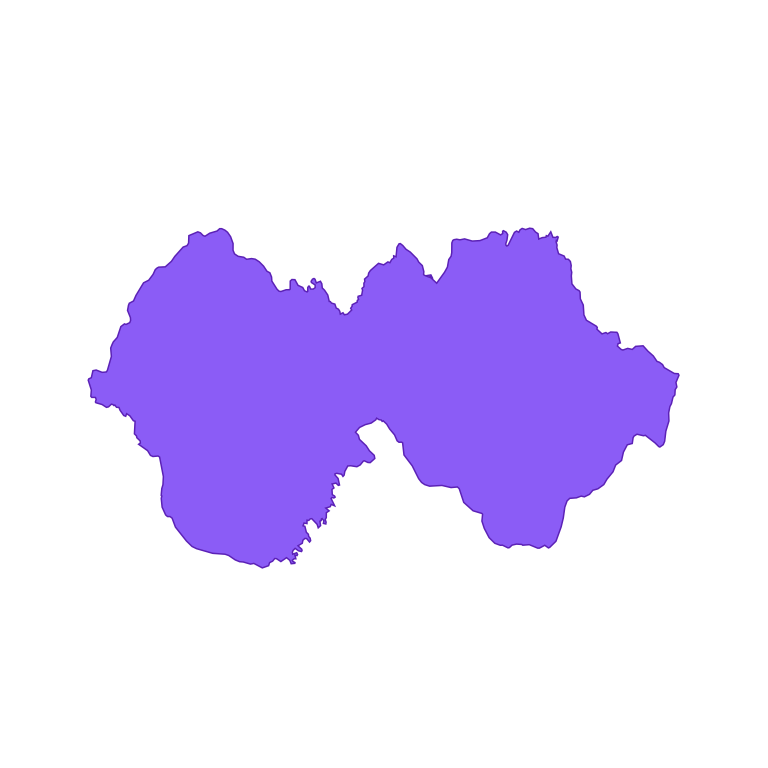 outline of El Peñón, Santander, Colombia, rotated 333°
{"feature_id": "7082276B75718828984625", "entity_name": "El Peñón", "entity_type": "district", "adm_level": 2, "iso_a3": "COL", "parent_name": "Colombia", "parent_adm1": "Santander", "projection": "equal_earth", "projection_center": [-73.929, 6.097], "detail": "fine", "context": "isolated", "style": "filled", "palette": "violet", "viewbox_px": 768, "rotation_deg": 333, "n_neighbors": 0, "source": "geoboundaries", "source_scale": "gbopen_adm2", "svg_char_len": 6159}
<svg xmlns="http://www.w3.org/2000/svg" viewBox="0 0 768 768"><g transform="rotate(333 384 384)"><path d="M122.2,246.3L120.5,256.5L117.2,261.9L117.5,263.2L120.8,265.0L120.5,267.1L118.7,269.0L118.8,269.9L123.5,274.3L126.1,278.8L128.2,279.3L131.9,278.2L133.1,279.2L133.6,280.6L134.6,280.6L135.1,283.3L137.2,284.6L136.9,287.5L137.8,293.9L139.2,295.5L141.2,293.6L143.1,296.9L144.0,302.9L145.3,304.2L139.0,315.1L139.9,317.8L139.4,319.7L140.9,324.0L140.1,326.0L138.0,326.3L143.1,336.1L143.5,341.6L145.2,343.7L150.0,345.6L150.9,347.2L145.4,366.3L141.3,373.4L138.6,376.2L134.9,382.1L135.2,382.9L133.6,384.8L130.4,393.0L130.0,401.5L130.9,403.8L133.2,405.0L134.3,407.4L133.2,416.8L136.7,434.2L139.2,441.6L142.2,445.6L154.5,457.1L165.1,463.5L167.8,466.3L171.6,473.2L174.7,476.8L177.8,478.7L183.2,483.8L186.6,484.8L192.1,492.6L198.7,493.5L201.0,491.2L204.3,491.3L207.4,489.9L208.9,490.8L211.5,495.4L218.3,494.5L220.0,498.3L219.7,502.0L223.1,503.3L223.6,502.7L222.2,500.5L222.2,499.4L224.6,498.9L226.1,499.7L226.9,496.1L228.6,497.4L229.6,496.7L229.6,494.7L225.4,494.2L226.0,492.3L227.4,491.0L230.2,490.1L232.1,493.8L234.4,495.8L235.3,495.3L235.7,493.9L233.9,489.1L238.9,488.8L240.8,486.4L243.4,485.7L244.9,486.6L245.9,491.0L247.5,490.3L248.2,487.8L247.7,485.6L248.4,483.5L247.5,480.9L248.9,474.9L247.5,473.6L249.6,471.6L252.0,473.4L253.6,470.4L255.0,471.4L257.1,470.7L258.5,471.2L260.7,478.7L260.1,482.3L263.2,481.4L264.6,477.2L266.0,477.2L267.0,475.8L267.8,475.8L268.3,478.6L266.7,480.7L268.6,482.3L269.7,480.8L270.1,478.0L271.9,476.9L274.2,472.5L277.5,472.1L275.8,468.1L280.4,468.9L282.3,467.3L284.7,470.1L284.9,461.9L286.2,461.5L287.6,462.8L289.1,462.6L289.1,461.4L287.7,459.1L289.8,454.3L292.2,453.9L292.4,449.5L296.2,450.5L297.3,453.6L298.5,453.8L300.2,447.3L299.0,442.7L299.6,441.8L301.3,442.1L305.2,445.1L305.5,447.7L307.1,447.1L309.4,444.1L314.5,440.6L317.2,441.7L322.3,445.4L326.1,445.3L330.6,443.3L331.6,443.5L334.0,446.6L336.0,447.8L342.0,446.2L342.9,443.1L340.7,436.9L340.1,431.0L337.0,422.2L337.9,418.0L336.7,414.0L342.5,411.6L348.9,411.7L354.8,413.0L360.4,412.2L361.9,411.1L363.3,413.4L365.2,414.9L365.4,416.5L366.6,416.5L368.2,421.0L368.6,426.6L370.3,434.1L369.9,440.6L370.9,442.7L373.3,443.8L373.9,444.8L369.6,456.3L372.0,469.7L371.9,484.1L372.8,488.8L374.6,492.1L378.2,495.7L389.6,500.7L396.7,506.7L402.7,509.1L403.5,511.4L401.3,525.7L405.8,537.4L412.5,543.8L412.7,544.8L409.0,550.6L407.8,558.2L407.9,568.6L410.4,576.2L414.4,580.5L416.4,581.4L420.1,586.3L421.5,586.7L425.0,585.7L429.4,586.8L433.9,589.5L434.4,590.6L440.5,593.1L446.4,600.0L448.0,600.8L454.0,600.7L456.1,604.7L457.5,604.8L465.8,602.2L477.0,591.7L482.9,584.8L489.2,575.8L494.0,571.3L497.6,570.2L503.8,572.8L508.8,573.4L511.3,575.5L517.0,575.6L521.8,573.5L527.0,574.5L534.2,573.4L539.5,570.0L548.2,566.2L553.6,561.4L560.9,560.0L566.4,553.4L573.2,548.6L578.2,549.7L581.6,544.9L583.2,543.9L586.6,543.6L591.7,547.9L593.6,548.4L598.8,559.6L600.4,564.5L601.2,565.4L605.3,564.8L608.1,562.4L613.7,554.0L621.1,546.3L624.5,539.0L628.5,533.9L631.2,532.0L635.5,526.9L638.2,525.8L640.9,521.2L643.6,519.6L644.8,515.2L650.8,510.1L650.8,508.4L647.4,506.4L641.1,496.6L641.0,493.2L639.3,489.7L637.5,487.8L636.7,481.3L634.1,474.7L632.2,467.6L625.3,464.7L620.9,465.9L617.3,462.9L612.3,462.2L611.0,460.9L609.2,456.2L610.9,454.3L613.2,454.7L615.2,445.5L615.0,443.7L609.6,440.6L606.0,440.7L605.1,438.9L601.0,438.3L598.6,431.9L599.7,430.4L599.5,429.0L593.3,419.1L593.5,413.2L597.4,404.1L597.6,397.3L600.4,391.1L600.2,389.4L598.1,386.4L596.9,380.1L600.0,372.7L602.0,369.7L602.8,366.2L604.6,363.4L605.7,359.4L604.9,356.6L602.5,355.1L602.6,351.8L598.7,347.2L599.9,340.9L601.3,338.8L601.8,335.6L602.7,334.4L603.1,335.2L605.9,332.2L605.3,331.2L603.6,331.4L601.1,330.0L601.7,324.1L597.1,326.7L596.0,325.5L594.9,326.7L591.4,325.4L587.7,325.1L589.5,320.0L588.0,317.4L587.0,313.1L584.5,311.3L580.3,310.7L577.7,308.1L575.2,308.4L573.0,310.0L571.6,307.9L569.1,308.1L557.5,316.8L556.1,316.8L555.7,316.0L556.0,314.5L558.9,311.6L562.0,307.1L561.8,304.2L560.0,301.6L559.0,301.8L558.1,303.8L555.6,304.1L552.2,299.2L548.6,297.4L546.2,298.0L542.4,300.6L534.6,299.8L527.5,296.7L521.7,291.3L517.1,290.0L514.5,288.0L511.9,287.2L510.5,287.3L508.5,289.1L504.0,297.7L501.8,300.6L498.2,302.5L493.6,308.6L488.7,311.9L476.7,318.1L474.1,310.8L472.6,309.0L474.5,309.6L474.7,309.0L474.8,311.5L475.3,311.6L475.3,308.1L471.5,306.9L471.4,307.8L469.3,305.4L469.0,304.4L470.5,302.0L471.9,295.9L470.3,291.2L470.2,287.4L467.3,278.4L464.8,274.0L463.6,269.1L462.3,266.3L461.1,265.9L457.6,268.1L452.5,276.1L450.8,274.2L449.8,276.3L447.5,276.5L444.3,278.6L442.9,277.0L437.8,277.7L433.9,274.0L423.4,276.7L420.7,278.2L418.9,280.5L414.3,281.7L413.4,284.1L411.9,285.0L410.3,288.2L407.8,288.8L407.5,290.7L404.4,294.8L400.8,294.1L400.0,295.1L399.7,297.1L398.2,297.4L397.2,298.9L391.7,298.9L390.7,300.4L388.7,301.4L388.8,303.4L383.1,305.2L380.1,304.3L379.8,301.9L376.8,301.9L377.6,299.2L377.4,296.7L375.9,294.6L376.5,290.5L373.9,288.0L373.6,286.2L372.7,285.6L374.3,279.2L373.6,273.4L372.6,270.4L374.1,266.5L374.0,263.6L369.6,263.2L370.1,259.3L369.5,258.2L367.9,258.1L365.7,259.4L365.4,260.6L367.6,264.5L366.4,266.9L364.0,267.3L361.8,266.2L361.9,263.0L361.2,262.6L359.8,263.5L358.1,266.8L357.2,267.0L355.5,264.8L355.4,261.1L352.2,257.1L352.0,250.6L349.4,249.1L347.2,249.7L343.5,256.8L342.7,257.1L339.6,255.6L334.1,254.8L332.6,253.6L331.7,251.0L330.8,241.4L332.4,237.6L332.8,233.1L330.9,230.4L330.2,224.3L328.3,218.4L325.9,214.3L322.9,212.1L318.2,210.5L316.6,207.4L312.0,204.0L309.9,200.2L310.2,196.3L313.3,190.3L314.2,183.1L313.5,177.8L312.1,174.7L309.9,171.9L308.1,171.0L304.7,171.9L297.2,170.5L291.6,171.1L290.2,169.5L289.1,166.0L287.2,163.9L277.5,163.2L273.8,169.8L271.3,171.3L267.2,170.8L255.6,175.3L250.3,178.2L242.3,180.3L236.3,177.6L234.6,177.6L232.2,178.2L228.0,181.5L221.5,184.7L215.7,184.7L203.3,192.4L198.5,196.3L193.7,196.4L192.1,197.8L188.9,202.0L188.2,209.7L187.1,212.3L185.3,213.9L181.2,213.8L180.0,212.6L175.6,213.4L167.5,221.4L161.9,223.6L159.6,225.4L156.8,227.9L153.6,235.7L143.9,246.1L142.2,247.2L139.9,246.4L138.1,245.6L133.9,240.9L130.7,240.0L126.1,245.5L123.3,245.4L122.2,246.3Z" fill="#8b5cf6" stroke="#5b21b6" stroke-width="1.5"/></g></svg>